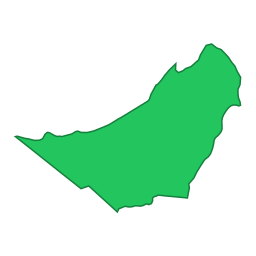 Santana do Ipanema, Alagoas, Brazil (Equal Earth projection)
{"feature_id": "56859067B18090298356879", "entity_name": "Santana do Ipanema", "entity_type": "district", "adm_level": 2, "iso_a3": "BRA", "parent_name": "Brazil", "parent_adm1": "Alagoas", "projection": "equal_earth", "projection_center": [-37.2, -9.346], "detail": "fine", "context": "isolated", "style": "filled", "palette": "green", "viewbox_px": 256, "rotation_deg": 0, "n_neighbors": 0, "source": "geoboundaries", "source_scale": "gbopen_adm2", "svg_char_len": 1631}
<svg xmlns="http://www.w3.org/2000/svg" viewBox="0 0 256 256"><path d="M175.8,63.7L169.0,70.3L167.3,72.4L165.1,74.9L161.4,80.1L157.6,84.4L156.0,85.1L154.3,88.3L151.0,94.3L149.4,99.3L148.0,101.0L139.6,106.2L121.1,117.5L118.4,118.9L110.4,123.9L107.7,125.3L94.5,130.7L91.6,131.5L87.2,132.5L81.0,132.4L77.9,131.1L75.9,131.5L71.7,134.0L64.4,135.9L61.8,136.6L60.0,136.2L57.0,136.4L54.8,135.7L49.2,132.6L47.3,132.4L45.2,134.1L42.6,138.7L39.6,140.2L34.3,140.4L28.2,138.8L25.1,138.4L17.2,136.2L15.4,136.6L29.2,147.5L60.6,172.5L76.2,184.8L81.1,188.7L83.7,187.7L88.8,186.0L112.6,207.6L117.3,212.0L119.0,208.6L121.5,207.8L123.6,206.8L125.6,206.3L128.0,206.9L130.9,206.9L132.8,206.6L134.9,205.8L137.3,205.9L140.4,206.1L142.9,205.6L144.6,204.8L146.1,203.9L148.9,204.6L151.5,203.5L152.7,200.5L152.5,198.3L153.7,196.8L156.2,196.2L158.1,195.1L161.0,195.4L166.4,196.0L180.5,197.3L183.7,197.6L187.4,198.0L188.2,193.7L189.4,187.8L188.7,184.0L191.3,181.0L193.7,178.2L195.0,175.8L195.9,173.8L197.2,171.3L201.2,164.9L202.7,162.7L204.0,160.5L205.8,158.7L208.1,157.0L210.5,153.8L211.9,150.3L212.7,147.8L213.5,144.4L214.2,139.9L215.5,137.7L217.5,136.0L219.5,133.9L221.2,131.5L222.0,129.2L222.0,125.2L221.8,121.3L222.3,118.0L223.5,115.0L225.6,111.6L227.6,108.8L229.1,107.2L231.0,105.8L233.4,105.0L236.3,105.1L238.8,105.9L240.5,105.3L240.0,101.8L238.5,97.9L238.1,95.2L237.9,89.5L240.0,84.8L240.6,77.4L237.2,71.4L234.8,66.0L231.7,62.3L228.5,57.4L227.2,55.9L221.2,49.6L216.6,47.9L211.6,44.0L206.2,45.4L202.7,51.2L200.5,54.8L198.6,59.9L190.9,66.7L185.7,68.5L182.9,70.8L178.4,72.6L175.5,70.0L175.8,63.7Z" fill="#22c55e" stroke="#15803d" stroke-width="1.5"/></svg>